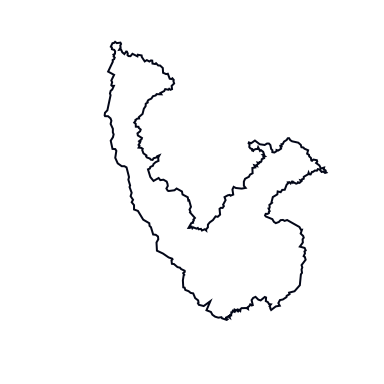 Chone, Manabi, Ecuador, rotated 297°
{"feature_id": "8360857B73185000874563", "entity_name": "Chone", "entity_type": "district", "adm_level": 2, "iso_a3": "ECU", "parent_name": "Ecuador", "parent_adm1": "Manabi", "projection": "mercator", "projection_center": [-79.895, -0.383], "detail": "fine", "context": "isolated", "style": "outline", "palette": "ink", "viewbox_px": 384, "rotation_deg": 297, "n_neighbors": 0, "source": "geoboundaries", "source_scale": "gbopen_adm2", "svg_char_len": 6077}
<svg xmlns="http://www.w3.org/2000/svg" viewBox="0 0 384 384"><g transform="rotate(297 192 192)"><path d="M193.3,317.7L192.3,312.9L197.3,313.7L200.1,312.0L202.0,312.3L203.3,311.0L204.3,307.7L208.3,307.1L207.8,306.2L209.6,303.6L210.2,289.5L208.3,287.6L208.4,285.7L207.1,283.7L204.7,283.0L202.3,280.8L202.6,278.5L204.3,275.9L203.7,268.9L204.3,267.7L206.0,267.6L206.8,269.3L208.2,270.1L209.2,269.5L210.2,269.9L212.0,267.8L212.3,268.3L213.8,268.1L215.6,266.8L218.7,268.2L218.9,267.5L224.2,266.3L228.6,269.1L231.4,268.1L232.1,271.1L234.8,271.4L236.1,273.6L241.6,273.0L243.4,273.7L244.1,273.0L245.0,274.4L244.4,276.0L246.8,276.4L247.0,277.2L246.1,277.9L246.8,278.5L246.7,281.0L248.1,282.3L248.8,282.1L249.0,283.7L250.9,284.4L251.7,283.3L252.0,284.6L253.1,284.2L254.5,285.5L256.3,284.7L260.5,287.4L262.2,287.1L261.1,288.4L261.5,289.7L264.4,289.8L265.0,290.8L266.9,291.7L267.7,293.6L269.5,293.7L270.0,295.5L268.7,298.4L269.8,299.7L269.4,301.9L270.4,302.9L270.8,301.7L271.8,301.3L272.1,299.0L273.7,298.6L271.4,296.2L273.5,293.5L274.2,289.4L275.9,289.8L277.0,288.8L276.0,285.4L274.3,284.8L274.3,284.0L276.4,282.4L276.9,280.3L278.2,279.4L278.4,277.2L281.9,276.5L281.6,272.5L282.2,271.1L281.6,269.2L283.4,267.5L284.2,264.3L282.6,258.1L282.8,256.1L284.0,254.0L283.3,252.9L281.3,252.7L278.6,251.1L275.9,251.1L275.2,250.0L273.5,251.1L273.1,249.9L271.1,251.7L268.1,250.0L267.8,248.3L266.8,248.8L264.6,247.5L264.0,245.5L265.7,244.7L266.3,243.0L269.4,240.5L270.1,238.5L269.3,236.9L266.9,235.4L265.3,230.7L266.4,224.7L262.4,222.6L262.0,220.2L261.0,220.4L260.8,221.6L258.1,222.6L257.3,224.3L257.6,226.1L256.3,226.7L256.4,227.9L257.3,227.8L259.1,229.2L260.1,230.9L261.9,230.6L259.5,233.9L260.6,234.4L260.1,237.2L258.2,239.1L257.3,238.2L256.9,240.9L255.6,239.7L254.8,240.8L252.9,239.3L250.8,239.9L249.7,239.6L249.4,238.7L248.4,238.7L248.0,237.2L247.2,238.3L245.4,237.3L244.6,238.2L244.1,235.4L242.6,237.2L240.8,234.9L236.2,237.5L233.8,235.8L231.4,235.8L227.9,233.3L224.8,233.5L221.1,235.4L220.0,237.9L217.6,234.8L215.5,229.3L215.5,226.8L212.6,226.9L208.4,229.9L206.2,228.0L206.6,227.0L205.3,225.4L202.2,223.3L200.0,225.6L194.8,225.5L193.9,226.8L191.7,226.5L191.0,224.9L189.5,224.2L184.6,227.3L181.6,226.2L181.0,224.1L176.5,223.4L173.0,221.6L170.2,221.0L167.7,222.2L164.9,221.5L164.2,222.0L164.6,220.3L162.2,218.3L163.2,216.7L161.8,214.8L162.6,213.5L161.4,212.6L161.1,209.2L159.8,208.8L160.9,207.4L159.0,206.4L158.4,205.2L163.9,205.5L165.1,206.9L165.9,206.2L167.3,206.6L168.0,205.8L170.2,206.4L172.9,199.5L173.6,199.6L175.2,197.8L178.3,197.8L183.3,193.2L182.7,192.6L185.4,190.6L185.5,184.7L187.9,182.8L188.1,176.7L185.6,175.6L182.3,170.8L182.2,169.7L183.5,167.6L186.4,167.7L188.2,166.4L189.8,164.7L190.0,161.0L188.2,158.4L189.3,155.9L184.4,152.7L186.4,148.1L192.2,142.5L193.8,143.8L195.4,143.5L197.7,145.3L199.3,145.0L202.0,146.0L204.5,148.0L207.2,146.3L209.9,146.3L208.0,144.7L206.7,144.7L204.7,142.5L202.7,142.3L202.1,140.6L202.7,139.2L202.3,136.3L202.8,135.0L203.9,134.8L204.4,131.2L206.8,128.6L208.1,128.5L208.3,126.8L207.3,124.3L209.3,124.3L209.7,123.0L212.4,123.3L212.7,122.5L213.5,122.8L213.5,121.9L216.0,123.1L217.4,122.9L217.8,118.1L219.5,116.8L222.6,118.2L224.4,117.9L224.9,115.6L225.8,114.7L224.7,112.3L227.3,110.8L227.6,109.0L230.0,109.4L230.5,108.9L232.6,110.0L233.5,111.5L234.7,110.7L239.1,112.5L244.3,111.3L247.4,111.7L249.7,110.7L251.6,111.9L252.4,111.2L254.2,111.4L256.8,113.4L259.6,113.7L261.5,115.8L263.1,116.0L265.1,120.3L265.9,118.9L269.3,121.4L271.5,121.4L272.4,124.5L273.6,124.8L273.3,126.4L274.6,127.5L277.3,125.7L280.6,126.8L282.6,124.9L283.5,124.9L284.4,122.9L283.3,122.4L282.8,120.7L286.4,116.8L285.3,115.4L285.1,112.1L289.2,109.7L290.2,106.2L289.4,104.4L290.4,101.5L289.3,101.1L288.5,98.5L291.0,96.9L290.6,95.7L288.9,94.8L289.0,91.9L286.9,90.6L289.5,86.0L290.8,85.1L289.7,81.4L288.1,81.8L288.1,76.2L285.1,75.5L284.3,73.7L284.7,72.4L286.2,71.9L287.5,70.3L287.3,69.6L284.2,69.1L284.8,66.5L286.8,64.0L285.7,62.6L288.5,62.7L289.9,61.6L291.7,61.6L292.6,60.4L290.5,57.4L290.9,55.3L289.3,54.8L288.5,53.6L284.6,53.7L284.4,55.0L282.9,55.8L283.3,58.2L282.5,59.6L280.2,60.6L278.7,59.6L278.0,60.7L277.1,60.7L276.7,62.1L275.0,62.3L273.6,61.4L272.1,62.3L261.2,62.6L261.0,69.4L254.7,69.5L253.6,71.0L250.5,71.6L250.2,72.5L251.1,74.2L247.0,74.4L245.3,73.6L242.5,74.2L241.3,75.5L226.4,79.5L223.1,78.5L220.6,79.4L220.1,80.1L221.4,82.8L220.6,86.0L218.9,87.8L215.7,88.6L212.4,92.8L209.2,94.4L207.8,96.0L204.9,96.7L200.8,96.3L194.3,101.6L195.4,104.2L194.3,105.9L187.6,108.1L183.8,112.8L183.1,117.7L184.3,120.0L184.2,122.5L176.7,129.1L174.1,129.7L169.7,133.9L168.1,134.1L163.9,138.6L160.4,139.2L158.3,143.0L155.5,142.9L154.0,146.3L150.1,148.3L150.6,152.4L145.2,161.1L144.8,168.1L142.5,169.6L142.0,171.4L136.5,176.7L137.4,179.1L136.9,181.9L134.6,183.4L130.9,183.3L123.8,187.4L124.0,194.0L123.1,200.9L123.6,204.7L123.2,205.2L121.7,204.8L118.9,206.7L119.6,208.7L118.5,213.2L119.1,215.6L118.4,217.3L118.5,221.2L117.6,221.8L115.7,221.0L114.7,222.7L114.0,222.4L109.1,224.0L103.1,227.5L103.4,228.8L101.7,230.5L102.1,234.0L101.5,236.6L102.2,239.1L98.9,243.0L98.2,246.7L96.3,248.1L95.6,247.8L94.6,249.3L95.7,254.2L103.0,257.9L93.2,258.6L93.7,263.3L91.9,265.9L91.4,269.2L92.0,272.5L93.8,275.1L93.1,276.1L93.8,281.0L94.7,281.4L94.7,279.7L95.5,279.3L97.5,280.8L97.2,282.6L98.4,281.4L98.8,282.1L99.6,281.8L99.9,282.9L102.6,281.7L103.0,282.5L104.4,282.3L104.5,283.7L105.3,283.1L105.4,284.3L106.6,283.6L106.6,285.0L107.6,285.6L106.8,286.4L107.6,286.6L107.1,287.4L108.2,287.5L107.9,289.0L109.7,288.4L111.0,288.9L113.4,293.3L113.2,295.0L114.7,294.0L116.4,294.9L118.3,294.9L118.0,296.7L118.8,297.5L122.7,294.2L125.4,294.6L127.4,296.2L126.2,300.0L126.6,302.4L131.5,304.5L131.6,305.9L128.3,307.3L128.3,309.6L127.1,311.5L127.7,313.3L125.4,312.9L124.8,314.1L123.7,314.7L122.8,316.1L128.1,318.6L130.5,321.8L132.2,319.4L135.6,319.4L137.4,321.7L141.2,323.9L142.5,323.5L145.2,325.3L146.4,324.2L150.1,328.4L157.9,330.4L168.1,326.4L169.9,326.7L172.7,324.8L174.9,324.5L176.6,322.8L183.2,324.0L185.3,322.1L185.5,320.6L188.7,320.5L190.1,319.2L191.6,319.8L193.3,317.7Z" fill="none" stroke="#020617" stroke-width="2"/></g></svg>